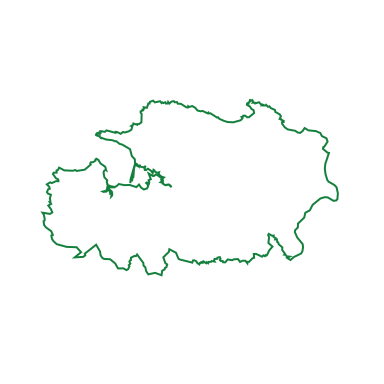 Dungarvan Lea-6, Waterford, Ireland (Robinson projection), rotated 207°
{"feature_id": "5873133B99301396189175", "entity_name": "Dungarvan Lea-6", "entity_type": "district", "adm_level": 2, "iso_a3": "IRL", "parent_name": "Ireland", "parent_adm1": "Waterford", "projection": "robinson", "projection_center": [-7.659, 52.063], "detail": "fine", "context": "isolated", "style": "outline", "palette": "green", "viewbox_px": 384, "rotation_deg": 207, "n_neighbors": 0, "source": "geoboundaries", "source_scale": "gbopen_adm2", "svg_char_len": 6077}
<svg xmlns="http://www.w3.org/2000/svg" viewBox="0 0 384 384"><g transform="rotate(207 192 192)"><path d="M87.7,289.0L89.2,288.6L94.9,289.9L95.4,291.7L94.7,292.3L94.1,298.5L96.6,300.9L101.7,300.8L104.4,302.8L109.3,302.5L116.2,299.8L120.7,300.1L121.1,296.6L122.4,293.8L124.9,293.0L127.8,293.4L135.2,291.2L138.8,291.8L142.5,293.6L143.5,295.0L142.1,296.0L142.6,297.0L146.6,296.9L146.2,297.5L147.2,297.9L147.2,299.9L149.1,301.0L154.1,301.2L155.4,302.8L160.0,302.5L161.9,303.5L162.9,302.4L165.6,303.3L165.7,302.5L167.7,301.6L167.4,300.6L168.0,301.6L169.0,301.0L168.8,301.9L170.6,301.5L173.1,302.4L175.9,299.6L176.4,300.1L178.3,299.2L178.1,299.9L179.6,301.0L179.7,300.1L179.9,300.8L182.1,300.3L181.9,299.2L181.2,299.4L182.8,296.4L182.0,296.2L182.9,295.3L182.7,294.6L179.1,294.4L176.7,293.0L174.3,292.9L172.5,290.6L175.2,284.5L176.5,283.7L179.6,284.1L181.0,283.2L180.7,282.4L181.9,281.3L180.5,280.5L181.2,278.0L186.9,272.8L192.1,270.5L195.6,269.9L201.0,269.6L202.7,270.4L203.3,269.7L211.3,270.5L212.6,269.6L213.5,270.2L213.8,269.2L219.5,269.0L221.0,267.8L224.2,267.1L227.3,268.5L230.8,268.7L233.1,266.5L234.4,266.7L234.1,265.4L235.4,264.9L241.9,265.5L244.9,264.2L246.1,265.3L248.2,264.1L249.4,264.7L251.3,263.3L252.3,260.6L254.1,261.4L253.7,259.9L255.3,259.0L256.4,259.9L257.9,258.3L259.0,258.4L259.4,257.4L261.6,258.4L265.8,255.0L268.2,255.7L270.4,253.2L270.0,251.5L271.1,251.1L270.4,246.6L273.5,245.6L272.5,244.5L273.5,243.0L272.7,242.5L274.4,240.5L273.8,239.4L272.3,238.7L268.7,231.1L270.0,228.5L271.6,227.7L271.4,227.0L275.3,226.4L274.9,225.3L276.1,223.3L275.0,223.4L274.3,220.0L275.8,217.4L279.1,214.4L280.7,214.2L281.9,211.5L286.3,211.4L287.1,211.0L286.6,210.5L286.9,210.0L296.1,208.1L296.9,206.1L301.2,204.7L300.3,203.3L301.1,202.8L300.7,202.0L301.8,202.6L301.9,201.6L303.3,201.4L303.6,200.6L302.9,199.5L299.4,199.4L297.6,198.6L296.6,198.7L298.0,199.1L292.6,199.7L286.7,201.9L283.5,202.4L282.8,201.7L283.3,202.4L282.4,202.9L278.4,202.0L275.5,202.6L266.6,202.0L261.9,196.7L257.8,195.2L255.6,191.4L252.5,175.5L251.1,171.9L251.7,174.5L250.6,175.1L251.4,177.8L251.0,178.7L254.3,186.5L255.0,190.3L254.3,191.1L254.7,191.7L253.9,191.7L254.3,192.1L252.9,191.5L253.8,191.7L253.7,190.6L252.2,190.3L251.8,190.5L252.7,191.2L251.0,190.6L251.3,191.2L250.6,191.4L251.2,191.6L250.5,192.0L249.3,191.2L246.2,191.9L245.3,192.4L245.8,193.0L244.9,194.1L245.3,192.2L244.1,190.2L243.0,190.6L241.9,192.7L238.1,192.3L235.6,191.0L236.4,194.3L235.4,194.2L235.3,193.4L231.7,193.3L230.3,194.6L230.1,193.4L228.8,192.4L226.7,192.0L228.1,191.2L224.7,191.1L224.3,191.7L225.0,192.0L223.9,192.2L224.7,191.0L225.1,191.0L224.6,190.9L223.4,192.0L224.4,190.9L223.4,189.2L224.1,189.0L223.3,189.1L222.8,188.6L223.8,187.0L222.1,186.9L221.9,186.3L219.0,186.0L216.5,188.0L215.9,188.2L213.9,187.9L212.5,186.9L215.8,188.1L218.9,185.9L221.9,186.2L222.2,186.9L224.3,186.5L223.1,188.5L223.4,188.8L224.3,188.3L224.9,188.6L224.2,188.4L224.8,188.9L223.9,189.6L224.3,190.3L230.7,191.4L232.3,191.1L233.2,188.9L234.3,188.5L239.0,188.8L234.5,184.7L236.0,182.8L234.5,181.3L234.1,179.5L236.5,180.0L236.9,179.2L235.4,178.9L233.7,177.1L233.7,174.8L236.0,172.4L239.4,172.8L242.6,174.6L243.8,171.1L250.6,170.0L255.6,167.3L260.8,165.9L261.9,162.9L263.2,161.4L267.2,160.2L262.4,161.4L269.2,157.9L267.9,158.1L268.5,157.5L268.0,157.0L263.9,156.1L263.1,155.1L264.7,155.4L264.3,154.7L263.0,155.0L261.6,152.5L261.9,151.4L262.6,153.6L263.7,153.3L263.5,154.3L264.3,153.7L266.3,155.9L267.6,155.6L268.7,153.3L271.0,151.9L271.7,151.9L268.7,154.5L269.8,158.4L268.9,158.9L270.0,159.7L267.4,160.3L270.1,159.9L272.6,162.3L272.8,163.9L276.7,165.3L279.6,169.1L279.9,170.8L279.1,172.6L278.4,172.5L280.8,175.1L286.5,175.9L290.0,178.1L292.4,178.2L292.8,177.0L292.2,176.1L293.7,173.7L295.6,172.5L295.6,171.1L294.7,170.4L297.7,163.2L304.3,158.4L306.0,158.6L307.7,156.9L315.6,153.3L321.5,153.4L321.4,150.8L322.5,149.7L321.4,147.8L324.0,146.4L324.1,144.9L319.5,142.5L316.9,142.5L315.9,141.0L317.9,140.1L321.0,136.3L322.8,136.2L324.8,132.9L321.7,131.9L320.2,130.4L321.4,129.1L321.2,126.1L319.7,125.2L316.5,125.5L315.7,121.7L313.6,118.9L314.3,118.4L312.1,117.4L313.9,114.7L309.8,112.6L307.2,110.4L308.6,108.0L315.8,105.7L313.8,104.6L311.1,101.3L310.4,99.7L311.0,98.6L308.8,95.5L306.3,94.2L299.7,93.2L296.5,90.6L297.6,89.4L295.4,86.6L293.1,85.3L288.8,84.1L278.8,86.2L269.7,90.4L263.5,88.0L266.8,80.5L259.5,84.8L258.3,87.1L259.5,88.4L253.5,101.5L247.0,97.3L244.6,94.0L242.1,92.6L240.1,92.4L234.5,94.9L228.0,93.5L223.3,90.3L218.5,92.8L214.9,92.7L213.9,94.2L214.0,97.4L215.1,98.1L214.4,100.2L216.0,101.3L216.3,102.6L215.5,103.5L216.6,105.7L214.3,108.8L212.9,109.4L212.6,111.4L203.2,106.7L201.7,104.4L199.5,103.8L196.7,100.5L193.5,98.8L188.2,103.2L181.4,104.0L182.8,108.4L181.3,110.5L181.5,112.2L180.7,113.4L181.2,116.2L183.4,116.5L187.9,120.8L185.4,128.2L186.2,130.7L178.7,130.6L173.6,126.3L172.4,126.3L159.7,129.2L160.1,131.4L159.0,132.2L156.6,132.2L155.1,131.1L152.6,130.8L152.8,132.2L150.5,133.8L151.6,134.0L150.4,135.4L147.0,135.0L147.1,136.0L145.2,135.9L145.5,137.2L143.3,138.5L143.1,139.4L140.3,140.3L141.3,140.9L141.5,142.6L139.3,143.8L139.5,145.1L137.6,146.6L136.2,145.4L136.4,144.1L134.9,143.6L133.2,144.4L132.4,143.5L130.5,144.4L129.5,148.1L125.2,149.5L124.1,151.1L120.5,153.1L117.4,151.5L116.0,153.5L113.3,155.0L110.3,153.6L110.8,155.0L109.5,155.6L108.0,160.4L106.8,161.6L108.8,164.8L106.8,165.9L100.2,166.2L99.7,167.9L97.9,167.9L97.8,169.2L96.8,169.2L96.5,170.2L96.7,175.0L95.5,179.9L100.8,181.3L102.8,186.7L104.5,188.1L104.6,189.5L100.7,189.4L99.5,190.3L99.0,189.1L96.6,188.9L96.4,187.5L94.9,188.4L93.2,186.1L92.3,186.2L91.0,184.8L86.4,183.7L85.3,181.3L81.0,179.1L81.3,178.1L80.1,178.5L78.4,177.7L75.7,178.7L77.3,176.5L73.4,176.1L71.7,180.3L66.8,186.8L66.7,189.2L67.9,193.0L69.7,195.8L77.5,199.2L82.1,202.9L82.8,204.7L81.6,208.4L83.2,212.0L80.4,220.1L81.6,225.0L78.7,229.1L78.7,235.3L74.6,244.6L71.3,247.7L68.6,248.8L61.9,248.4L59.7,249.9L59.2,251.6L61.4,257.0L65.3,261.8L68.4,262.9L75.0,263.2L77.0,264.2L81.2,268.6L84.3,273.2L86.0,277.6L87.7,289.0ZM303.1,199.4L304.4,199.3L303.0,199.2L303.1,199.4Z" fill="none" stroke="#15803d" stroke-width="2"/></g></svg>